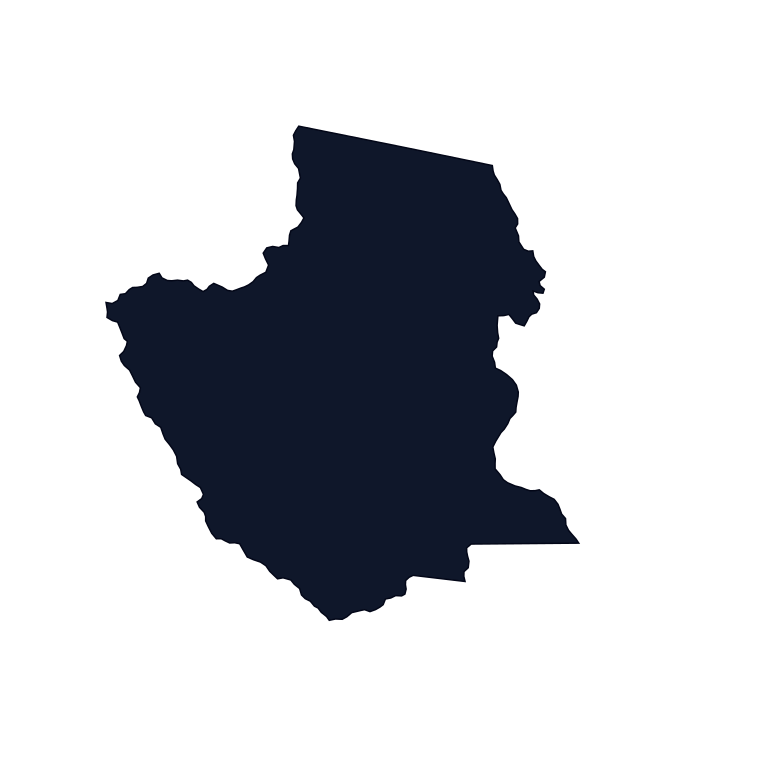 the district of Iguaí, Bahia, Brazil, rotated 317°
{"feature_id": "56859067B21747543887163", "entity_name": "Iguaí", "entity_type": "district", "adm_level": 2, "iso_a3": "BRA", "parent_name": "Brazil", "parent_adm1": "Bahia", "projection": "robinson", "projection_center": [-40.072, -14.65], "detail": "fine", "context": "isolated", "style": "filled", "palette": "ink", "viewbox_px": 768, "rotation_deg": 317, "n_neighbors": 0, "source": "geoboundaries", "source_scale": "gbopen_adm2", "svg_char_len": 3459}
<svg xmlns="http://www.w3.org/2000/svg" viewBox="0 0 768 768"><g transform="rotate(317 384 384)"><path d="M236.3,134.8L233.2,139.5L230.9,142.8L226.8,146.4L228.6,152.4L231.4,157.1L229.5,162.1L227.3,167.7L224.9,173.6L225.4,177.8L221.8,180.3L215.8,182.7L210.1,182.8L207.5,188.1L206.7,193.4L207.4,200.3L205.6,206.5L203.5,213.2L203.3,220.6L199.3,223.5L194.8,225.2L193.6,229.1L191.2,235.0L189.2,240.4L188.2,244.5L191.0,250.3L189.6,257.2L191.2,263.4L188.2,270.1L186.3,275.1L185.8,282.3L185.0,288.5L183.0,295.5L178.7,301.6L177.2,307.7L174.3,312.1L175.5,317.5L176.8,323.4L177.7,329.0L179.1,334.5L176.7,341.6L172.5,343.5L166.9,342.8L165.0,348.3L165.0,355.2L163.2,359.3L160.2,362.5L158.3,368.3L156.2,375.7L155.8,382.8L159.5,386.2L160.8,390.2L162.7,395.0L166.5,398.2L169.5,402.4L167.9,409.1L166.0,417.3L168.7,423.5L172.2,430.0L173.7,436.4L172.7,443.0L173.0,449.0L173.3,453.9L178.0,456.9L182.2,463.8L181.8,469.5L182.8,476.0L179.8,482.0L180.0,487.3L182.0,492.6L181.6,499.0L183.0,502.9L182.4,508.2L183.4,514.9L182.8,519.5L188.3,522.8L193.0,527.6L198.1,528.9L204.5,529.2L208.7,531.6L212.6,533.8L215.9,535.8L218.5,540.9L223.9,543.2L228.9,544.4L232.9,544.8L238.4,542.2L243.0,545.1L248.2,546.7L252.4,551.0L256.0,551.9L260.3,549.1L262.8,545.4L265.8,542.5L270.6,542.5L274.8,543.8L308.6,583.7L311.2,579.1L314.5,575.8L320.3,575.8L325.3,571.5L327.7,566.9L330.0,563.2L332.7,560.2L338.6,560.5L417.9,633.2L418.7,628.4L418.9,621.5L419.2,616.8L420.9,611.1L425.0,606.2L425.2,600.3L427.3,595.5L429.2,590.6L429.8,584.4L427.8,578.9L426.1,572.9L425.4,567.3L421.8,565.1L418.1,561.8L415.9,557.9L413.8,553.3L410.3,547.9L407.0,540.4L406.0,535.3L407.0,529.6L407.4,521.8L411.1,517.8L414.3,514.7L417.4,509.3L420.6,504.3L426.8,502.0L431.8,500.6L436.4,499.3L441.2,499.0L447.5,497.4L452.6,495.1L456.7,494.9L461.2,494.4L464.6,491.2L469.1,487.8L473.5,484.6L476.7,481.5L480.0,475.1L480.9,468.4L480.1,460.8L478.5,453.7L476.3,448.3L479.7,443.5L482.1,437.4L486.0,433.9L491.6,433.7L495.3,430.5L499.0,428.8L502.1,424.0L506.7,418.3L510.3,415.0L513.8,411.8L518.3,415.7L522.8,418.3L522.4,424.0L521.8,429.3L523.8,432.9L526.2,437.1L531.3,435.5L535.9,433.7L539.7,433.7L544.1,435.8L549.1,434.6L552.4,431.6L553.9,426.3L554.2,421.0L556.4,417.6L558.8,422.2L562.2,426.0L565.9,424.0L565.3,418.5L567.3,414.8L574.1,415.2L578.6,412.0L577.9,407.9L578.4,402.8L579.0,397.6L580.4,392.9L583.6,388.1L580.1,385.3L578.0,380.7L578.8,376.3L579.6,372.0L583.4,367.4L586.4,359.3L590.9,358.1L594.5,354.1L595.7,349.0L596.5,343.7L598.3,338.1L600.5,331.2L600.9,326.2L601.7,322.1L604.9,317.0L606.2,311.7L607.2,306.4L609.0,302.7L612.2,298.1L569.3,237.6L557.6,221.2L497.5,137.3L492.2,138.6L487.4,140.3L484.0,145.5L477.9,151.1L473.9,153.2L470.7,157.1L468.9,162.0L468.5,168.1L463.3,176.4L458.0,178.0L454.0,182.1L448.9,186.8L445.5,189.5L441.3,193.6L439.5,197.5L439.1,203.6L438.7,207.9L434.0,209.5L428.0,210.5L420.5,208.4L416.4,210.7L411.7,215.0L408.5,217.6L404.6,213.9L400.2,212.5L396.4,207.5L391.1,204.5L384.9,205.9L382.7,211.6L380.7,218.3L373.8,221.7L367.6,219.9L363.3,219.2L358.1,219.9L352.7,219.2L348.1,217.8L344.7,216.2L340.0,214.3L336.4,212.7L333.4,208.8L331.8,202.8L328.1,194.3L322.9,193.4L319.1,194.1L314.7,193.0L313.2,188.1L312.0,182.6L312.4,178.3L311.2,174.1L307.6,171.8L303.8,167.2L299.1,163.7L296.1,160.5L294.0,155.0L295.1,149.7L289.4,146.7L283.8,145.8L279.0,148.5L274.0,148.1L269.3,144.9L266.0,142.0L262.1,141.2L256.5,141.6L252.2,138.6L246.3,141.4L240.1,139.8L236.3,134.8Z" fill="#0f172a" stroke="#020617" stroke-width="1.5"/></g></svg>